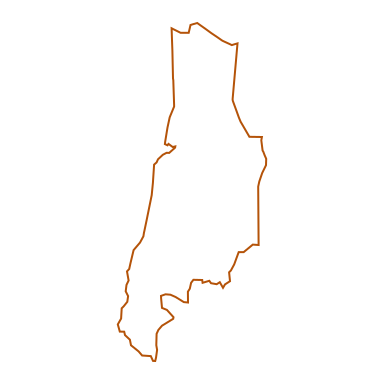 Vega Alta, Puerto Rico (Robinson projection)
{"feature_id": "32010507B37384670628479", "entity_name": "Vega Alta", "entity_type": "district", "adm_level": 2, "iso_a3": "PRI", "parent_name": "Puerto Rico", "parent_adm1": "", "projection": "robinson", "projection_center": [-66.341, 18.408], "detail": "fine", "context": "isolated", "style": "outline", "palette": "amber", "viewbox_px": 384, "rotation_deg": 0, "n_neighbors": 0, "source": "geoboundaries", "source_scale": "gbopen_adm2", "svg_char_len": 1682}
<svg xmlns="http://www.w3.org/2000/svg" viewBox="0 0 384 384"><path d="M258.6,245.0L258.2,187.2L258.2,186.6L259.3,181.5L262.2,173.0L266.0,165.2L266.2,158.8L264.7,155.4L263.3,151.7L262.6,150.6L261.3,140.3L261.9,137.0L249.4,136.8L242.6,125.1L240.6,121.7L238.9,117.6L236.2,110.1L232.8,100.8L232.6,99.3L236.3,57.1L237.1,47.8L237.5,43.4L234.7,44.2L231.8,45.1L230.2,44.3L224.3,41.6L222.4,40.7L221.5,40.1L217.5,37.3L211.7,33.4L210.3,32.4L206.2,29.4L197.2,23.0L193.8,24.0L193.4,24.1L190.5,25.0L188.7,32.8L187.7,32.8L181.3,32.8L180.6,32.8L171.6,28.3L172.1,42.8L172.4,51.0L173.0,78.4L173.3,80.2L173.4,83.3L173.9,98.5L174.1,104.8L174.1,106.6L169.7,117.3L167.5,127.5L165.1,142.2L164.9,144.1L167.5,145.3L168.5,143.9L172.7,147.0L175.3,146.4L175.1,147.6L169.2,152.9L166.6,152.8L162.8,154.8L158.0,159.3L156.6,162.4L154.1,164.6L152.9,183.0L151.7,195.2L146.6,220.3L144.3,231.3L144.0,232.5L143.4,236.3L140.0,242.6L133.6,250.1L130.4,263.5L129.2,269.0L127.0,271.4L128.6,280.5L126.5,284.9L125.7,291.3L128.1,296.1L127.3,301.8L123.7,306.3L121.7,308.3L121.1,318.6L117.8,324.4L119.8,331.6L124.2,331.7L125.0,335.1L129.9,339.7L131.0,345.3L138.6,351.4L142.1,355.5L150.8,356.1L153.0,360.9L155.2,361.0L156.0,357.8L157.1,349.9L156.3,345.2L156.6,333.8L158.4,329.9L162.0,325.7L173.2,318.8L173.5,317.2L166.9,309.9L162.0,307.9L161.1,298.2L161.0,295.9L165.5,294.3L170.4,294.7L175.6,297.0L183.8,302.1L188.0,302.5L187.9,291.7L189.8,288.7L191.1,282.8L192.8,280.6L193.4,279.8L202.2,280.0L202.6,282.8L209.3,280.8L211.0,283.2L216.7,284.2L219.8,282.2L223.0,287.8L225.0,284.4L230.0,281.2L229.1,272.3L230.9,270.5L234.2,264.4L238.7,252.1L243.7,252.1L252.8,244.6L258.6,245.0Z" fill="none" stroke="#b45309" stroke-width="2"/></svg>